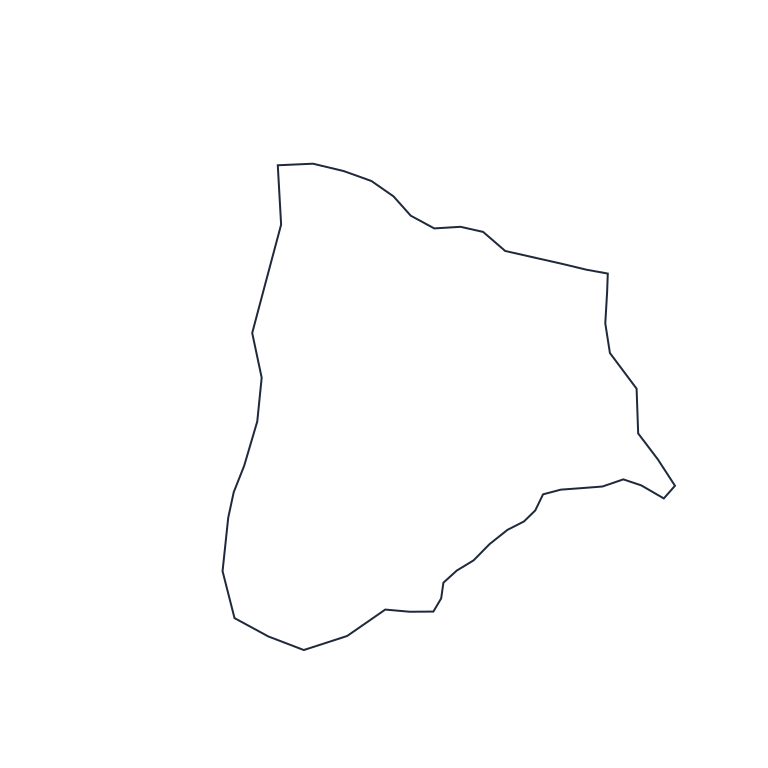 outline of Qobustan, rotated 239°
{"feature_id": "AZE-1711", "entity_name": "Qobustan", "entity_type": "District", "adm_level": 1, "iso_a3": "AZE", "parent_name": "Azerbaijan", "parent_adm1": "", "projection": "albers", "projection_center": [48.882, 40.527], "detail": "fine", "context": "isolated", "style": "outline", "palette": "slate", "viewbox_px": 768, "rotation_deg": 239, "n_neighbors": 0, "source": "natural_earth", "source_scale": "10m", "svg_char_len": 802}
<svg xmlns="http://www.w3.org/2000/svg" viewBox="0 0 768 768"><g transform="rotate(239 384 384)"><path d="M249.9,598.1L210.7,576.4L178.4,579.9L146.9,581.0L141.8,564.9L164.6,552.3L179.0,540.0L183.6,518.5L193.0,499.7L202.4,481.1L207.5,463.5L197.7,448.5L194.1,433.2L195.4,414.7L192.4,392.0L186.7,370.0L186.6,350.3L183.1,332.6L170.8,322.6L163.5,309.1L175.5,288.8L190.0,268.9L187.0,222.6L197.3,178.2L227.2,154.8L260.3,135.3L306.7,149.2L349.6,181.6L368.7,199.5L385.8,221.9L417.2,256.1L452.4,282.4L495.6,297.3L530.3,333.1L573.6,377.9L626.2,405.6L609.4,436.6L587.2,459.2L564.4,477.8L539.9,488.8L514.5,493.6L491.5,507.2L479.3,530.6L463.3,547.3L435.6,556.4L412.9,580.1L395.4,598.4L377.7,616.4L363.4,632.7L347.9,622.6L322.0,604.9L294.2,593.6L249.9,598.1Z" fill="none" stroke="#1e293b" stroke-width="2"/></g></svg>